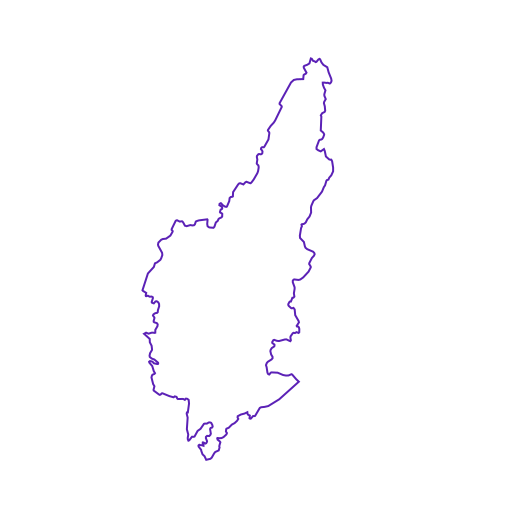 SVG path tracing the border of Kirovohrad, rotated 116°
{"feature_id": "UKR-320", "entity_name": "Kirovohrad", "entity_type": "Region", "adm_level": 1, "iso_a3": "UKR", "parent_name": "Ukraine", "parent_adm1": "", "projection": "robinson", "projection_center": [32.137, 48.505], "detail": "fine", "context": "isolated", "style": "outline", "palette": "violet", "viewbox_px": 512, "rotation_deg": 116, "n_neighbors": 0, "source": "natural_earth", "source_scale": "10m", "svg_char_len": 6119}
<svg xmlns="http://www.w3.org/2000/svg" viewBox="0 0 512 512"><g transform="rotate(116 256 256)"><path d="M350.2,162.4L374.6,172.3L385.5,179.2L387.9,182.2L389.7,185.1L390.9,186.0L399.9,186.7L400.4,186.9L401.2,188.5L404.3,189.3L404.8,189.9L404.7,190.7L402.1,191.6L402.1,193.7L401.6,194.4L400.2,195.3L402.6,197.2L405.1,200.1L408.0,202.2L409.2,201.8L410.2,200.5L412.5,200.8L415.6,202.0L418.1,203.8L422.3,205.2L424.1,206.8L424.7,206.9L426.9,206.1L427.9,204.5L429.4,204.4L433.0,205.8L434.8,207.2L435.8,209.0L436.5,210.9L436.9,210.9L437.9,210.0L438.5,207.3L439.0,206.4L442.4,205.8L443.3,205.5L444.1,204.8L447.1,204.3L450.0,206.7L451.7,207.1L456.7,207.4L458.3,208.1L461.0,211.4L458.5,214.5L457.7,217.1L455.1,219.8L454.3,220.3L452.6,223.8L451.9,224.5L451.3,224.6L450.5,224.2L450.4,223.0L449.9,222.1L449.6,220.0L448.7,220.4L447.6,221.9L446.9,222.1L446.6,221.4L446.8,219.3L446.1,218.7L444.9,218.6L443.9,218.8L441.7,221.2L440.5,221.7L439.1,221.1L438.3,219.1L436.7,218.6L435.5,218.7L431.7,221.4L430.5,221.4L429.3,220.2L428.3,220.2L427.1,221.1L425.7,223.0L425.6,223.7L426.0,225.0L426.5,225.6L428.2,226.7L429.1,228.6L429.7,229.2L435.7,230.1L438.8,231.8L445.2,232.1L445.8,232.7L446.5,234.3L450.9,235.2L451.6,235.8L450.8,236.8L449.5,237.6L446.2,238.6L442.0,242.2L431.2,246.6L428.1,249.2L426.9,249.5L426.5,248.7L418.0,251.5L414.9,253.4L414.5,255.0L414.7,256.0L415.0,256.6L416.5,256.9L416.4,258.6L416.7,259.4L418.8,263.5L418.6,264.4L417.6,265.4L417.5,266.1L417.8,267.5L419.1,268.1L419.2,268.5L419.9,272.4L420.4,279.9L420.8,280.5L422.3,281.0L423.0,281.6L423.0,282.5L421.8,288.9L421.3,289.4L417.6,290.2L416.2,292.3L411.0,296.7L409.2,297.1L408.1,297.0L406.5,295.6L405.6,295.4L404.4,297.3L400.4,301.0L398.6,305.1L397.9,305.7L396.9,305.2L396.5,303.5L396.4,302.6L397.2,300.8L396.4,297.4L396.0,296.8L395.2,296.9L394.8,297.3L393.6,302.0L393.9,304.7L393.3,307.2L392.2,308.0L389.8,308.6L386.2,308.3L385.5,308.5L382.4,310.5L380.1,313.6L377.1,315.2L375.0,322.5L373.1,321.2L372.9,318.5L370.7,316.2L370.1,315.1L369.6,313.5L369.1,312.9L366.5,314.1L362.3,313.8L360.5,314.4L359.8,315.7L360.2,318.4L360.0,319.1L359.3,319.5L356.2,320.1L355.8,320.4L354.7,322.5L353.6,322.6L352.5,322.1L351.5,321.4L350.5,320.0L349.6,319.7L347.7,320.4L343.6,321.0L341.6,322.1L340.5,323.5L340.2,325.4L340.9,326.4L343.4,327.1L343.6,328.9L343.1,329.6L339.0,330.2L338.3,330.7L338.2,332.0L339.2,333.8L339.1,335.8L340.3,337.1L340.3,337.4L339.7,337.9L337.3,338.5L336.9,342.3L336.6,343.0L319.1,345.5L310.6,343.0L306.9,343.6L305.1,342.1L301.4,340.3L299.7,340.2L296.2,340.6L294.3,341.8L289.7,348.3L288.7,349.1L286.7,349.6L282.9,348.3L281.6,347.2L279.8,344.4L275.2,341.9L270.6,341.6L270.0,342.0L269.5,343.3L268.7,343.6L259.5,343.6L258.5,342.7L258.5,339.6L257.5,338.2L257.2,337.4L257.8,336.1L259.9,333.2L259.6,331.4L257.0,328.6L256.4,326.5L255.5,325.2L254.4,324.8L251.4,325.2L250.3,324.3L249.0,322.9L244.4,315.9L244.7,315.4L248.6,313.9L250.4,312.6L250.8,311.1L250.7,310.2L249.3,306.6L247.9,306.2L243.5,306.8L241.2,305.8L239.3,305.9L238.3,305.5L236.5,304.0L235.4,303.7L232.9,304.8L232.6,305.7L232.7,307.1L232.3,307.7L229.8,308.1L228.6,307.2L228.1,307.2L227.2,307.7L226.7,308.7L226.4,311.2L225.1,311.6L224.0,310.9L223.9,310.5L224.9,308.2L225.2,305.7L224.9,304.3L224.3,303.8L218.4,304.1L215.5,305.1L214.1,304.6L213.0,303.1L212.6,302.9L208.6,304.6L199.4,303.4L198.1,302.9L197.5,302.1L197.2,298.7L194.5,297.9L193.5,297.2L193.1,293.0L192.9,292.7L191.4,292.2L188.1,291.6L181.0,291.1L179.0,291.3L175.5,292.3L174.2,293.0L173.5,293.7L173.0,295.2L172.5,295.9L168.7,297.1L166.6,298.7L165.6,299.0L163.5,298.5L163.0,298.0L162.5,296.2L161.8,295.6L160.8,295.4L159.2,296.0L158.5,296.8L157.8,298.4L156.8,298.7L155.8,298.4L155.4,298.0L154.9,296.7L154.1,296.4L145.8,295.9L139.9,297.8L139.1,298.3L138.1,300.3L137.4,300.5L132.6,299.8L128.3,298.5L125.8,298.2L110.7,298.2L110.1,298.6L109.0,301.5L108.2,301.8L84.7,300.6L81.2,299.2L79.3,296.8L76.3,291.1L72.6,292.5L72.0,292.4L70.2,291.1L69.1,291.0L65.9,295.5L65.0,296.1L64.0,296.0L61.7,293.8L59.5,292.4L54.4,293.3L54.3,292.3L55.6,290.2L55.3,288.6L55.6,287.4L55.0,286.8L52.1,286.1L51.0,285.4L51.1,284.6L53.3,282.0L54.7,279.2L55.1,274.7L59.1,271.2L63.6,266.2L65.4,264.9L66.8,264.7L68.3,265.0L68.7,265.4L68.8,267.4L69.5,268.4L70.3,270.9L70.9,272.0L72.7,271.0L74.9,268.7L76.7,266.2L80.7,265.5L82.0,264.8L84.4,262.1L87.5,262.3L88.8,262.0L91.3,259.8L95.1,257.5L96.5,257.5L98.6,259.1L101.2,259.4L102.0,258.4L114.8,252.8L115.6,249.7L116.6,248.2L117.1,247.9L120.0,247.6L121.8,247.8L122.6,248.3L123.6,249.6L124.5,250.0L131.7,249.3L133.3,248.5L133.7,246.5L133.6,243.7L130.1,241.8L131.5,240.2L135.9,236.8L137.1,232.6L136.9,231.4L136.4,230.7L136.7,230.1L137.5,229.1L142.8,225.4L146.1,223.8L150.5,223.7L153.4,224.5L155.6,224.4L156.8,225.6L157.6,225.7L162.3,224.9L164.3,225.2L169.2,224.9L177.2,226.5L180.6,228.4L181.8,228.5L186.6,228.3L188.2,227.9L192.8,225.5L197.1,225.2L200.5,226.0L204.0,226.0L205.5,226.6L206.4,227.3L207.3,228.7L207.8,228.9L209.1,227.8L211.2,227.7L218.5,225.5L220.5,224.3L222.4,219.1L225.9,216.3L226.9,215.1L227.4,213.0L227.1,206.6L227.7,205.0L228.6,204.1L230.3,204.0L233.3,204.9L239.0,205.0L239.9,204.7L241.5,202.2L242.2,201.8L247.0,201.9L254.6,204.2L257.7,205.9L258.9,207.3L260.3,211.4L260.9,211.9L262.1,212.1L263.5,211.4L267.2,207.6L268.6,206.9L272.9,205.6L275.7,203.7L277.1,204.1L277.6,205.0L281.0,204.7L281.7,204.7L282.0,205.5L282.6,205.8L285.0,205.9L285.8,205.6L286.5,204.7L287.4,201.7L287.3,200.8L286.2,199.6L287.1,197.8L292.0,194.8L295.7,189.3L296.8,188.3L301.0,188.8L301.4,188.2L301.0,186.9L301.4,186.1L302.6,185.1L305.6,183.7L306.5,184.0L306.7,186.2L308.2,187.2L308.5,188.5L309.3,189.1L313.1,189.7L314.3,189.3L316.5,187.7L317.5,187.8L317.6,188.7L317.6,192.1L318.4,193.5L322.4,198.1L323.1,200.1L323.4,202.9L324.0,203.5L326.0,203.7L326.7,203.5L327.1,203.1L327.5,200.6L328.7,200.0L329.3,200.0L331.9,201.5L333.9,201.7L335.2,201.4L337.9,199.2L339.3,197.0L340.6,196.3L342.2,196.7L345.9,199.0L347.4,199.4L349.7,199.2L351.3,197.7L355.8,194.6L356.7,193.5L356.8,192.5L356.7,192.1L354.4,191.6L353.8,191.0L351.4,185.4L351.1,179.5L350.3,176.6L349.1,174.4L346.7,172.3L346.7,171.5L349.1,165.9L350.2,162.4Z" fill="none" stroke="#5b21b6" stroke-width="2"/></g></svg>